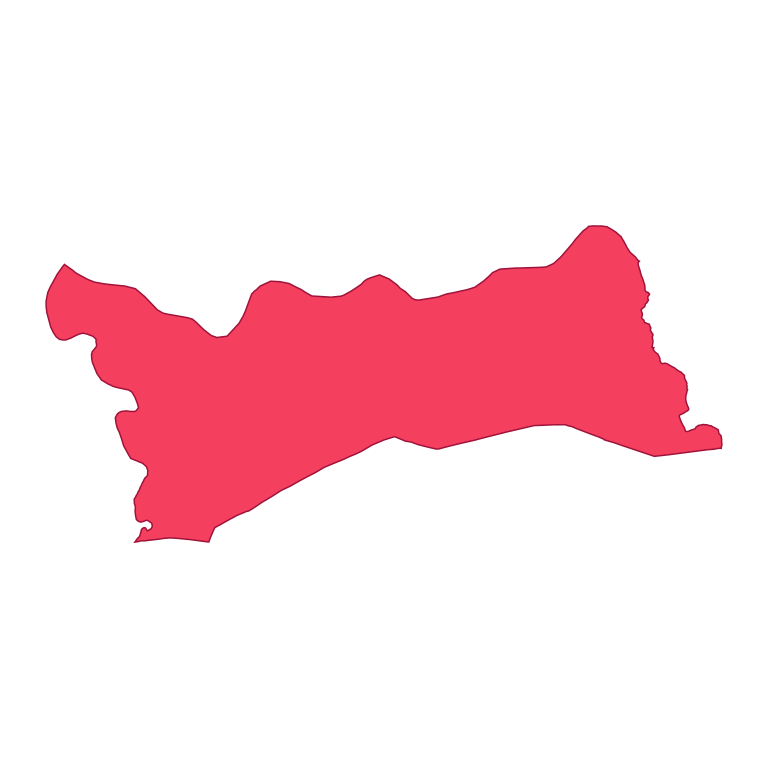 Ziguinchor, Ziguinchor, Senegal (Albers equal-area conic projection)
{"feature_id": "50182788B19119296887329", "entity_name": "Ziguinchor", "entity_type": "district", "adm_level": 2, "iso_a3": "SEN", "parent_name": "Senegal", "parent_adm1": "Ziguinchor", "projection": "albers", "projection_center": [-16.18, 12.511], "detail": "fine", "context": "isolated", "style": "filled", "palette": "rose", "viewbox_px": 768, "rotation_deg": 0, "n_neighbors": 0, "source": "geoboundaries", "source_scale": "gbopen_adm2", "svg_char_len": 5710}
<svg xmlns="http://www.w3.org/2000/svg" viewBox="0 0 768 768"><path d="M64.4,264.4L61.8,267.8L57.2,274.3L54.1,280.0L50.1,287.3L47.8,292.5L46.1,301.0L46.1,306.1L46.8,312.4L50.7,327.0L53.5,332.8L56.3,336.9L59.4,339.3L63.0,340.0L65.6,340.0L70.8,338.1L75.5,335.7L79.6,333.9L83.0,333.2L87.0,334.0L89.7,335.1L93.0,336.3L96.0,339.1L96.1,342.4L96.6,344.6L96.4,346.6L92.3,351.7L91.5,354.3L91.7,358.4L92.4,362.4L94.3,367.1L96.9,373.5L101.4,380.0L106.3,382.9L107.3,383.6L113.7,386.6L118.4,387.8L123.0,388.8L128.7,390.0L132.0,392.2L135.0,397.3L137.4,403.5L138.5,407.7L137.0,409.7L135.6,411.2L133.6,411.5L131.6,411.4L129.7,411.4L126.4,410.9L121.6,411.4L119.4,412.3L117.4,413.9L115.3,417.8L116.1,423.5L117.3,428.2L119.4,432.5L121.4,438.4L123.8,446.1L125.8,449.7L127.8,453.4L129.3,456.0L130.7,458.4L132.9,459.3L133.4,459.5L142.5,463.2L146.4,466.6L147.8,470.4L147.7,471.6L147.5,475.5L146.5,476.5L144.7,478.3L144.5,478.9L144.1,479.5L143.6,480.7L143.2,481.4L142.9,482.1L142.4,483.0L141.7,484.3L141.3,485.6L140.8,486.3L140.5,486.8L139.8,488.6L139.3,489.9L138.7,491.0L137.8,492.4L137.2,494.3L136.3,495.4L135.5,497.2L134.5,498.6L134.2,499.1L134.4,503.6L134.9,505.2L135.4,506.9L135.1,511.2L135.5,515.1L136.4,519.6L138.5,521.4L141.0,522.1L143.1,521.5L146.3,520.3L148.1,520.6L150.3,522.3L151.7,523.2L152.3,526.2L151.8,527.4L151.2,528.7L150.5,529.1L147.5,530.8L146.4,529.6L145.8,528.3L144.9,527.7L143.3,527.9L142.4,528.5L141.5,529.5L140.8,532.4L140.7,532.7L140.2,534.5L139.4,536.6L138.6,537.4L137.5,538.4L134.9,542.1L138.6,541.5L141.0,540.8L144.1,540.9L149.6,540.2L158.6,539.2L163.6,538.4L169.9,537.9L172.6,538.0L179.1,538.5L190.3,539.6L203.8,541.4L208.8,542.0L210.8,536.6L214.7,527.7L219.5,525.1L226.9,520.9L236.8,515.5L246.3,511.5L248.9,510.9L255.1,507.0L262.0,502.3L271.3,496.8L281.3,490.4L290.3,486.1L300.4,480.4L307.9,476.4L315.7,472.4L324.1,467.4L331.2,464.4L344.4,459.0L349.6,456.5L355.5,454.1L361.0,451.5L361.5,451.2L361.8,451.1L364.8,449.3L371.9,445.1L384.1,439.9L394.5,436.7L396.8,437.5L405.3,441.1L411.3,442.1L418.0,444.6L426.6,446.8L436.4,449.1L439.5,448.8L442.2,448.0L450.3,445.9L461.4,443.2L474.2,440.3L482.5,438.1L495.9,434.7L507.0,431.9L517.8,429.4L534.0,425.6L542.1,425.3L553.4,424.8L565.3,424.7L567.6,425.6L571.9,426.6L577.3,428.9L590.6,434.0L598.8,437.0L604.0,439.3L604.2,439.8L608.1,441.0L613.2,442.4L624.1,446.2L654.3,456.3L656.4,456.1L668.3,454.8L693.9,451.5L707.9,449.7L714.3,449.2L716.7,448.6L720.0,448.3L721.2,448.4L721.3,447.5L721.4,446.7L721.6,446.0L721.8,445.5L721.9,444.2L721.8,443.1L721.5,441.6L721.7,439.9L721.5,438.8L721.3,437.5L720.9,435.5L719.9,434.5L719.0,433.8L718.5,431.2L718.2,429.7L716.0,428.5L712.5,426.7L711.2,425.8L710.3,425.7L709.1,425.5L707.3,424.9L705.5,424.7L702.8,424.5L700.8,425.0L700.0,425.3L698.6,425.3L697.7,426.0L696.1,427.0L695.0,428.9L693.3,429.4L691.7,429.8L688.0,431.5L686.2,431.4L685.9,431.4L685.4,431.1L685.1,430.1L684.8,428.7L683.9,427.0L683.3,425.8L682.5,424.6L681.5,422.5L680.7,420.5L680.1,419.0L679.7,417.9L679.2,416.2L679.8,414.9L681.7,414.1L683.2,413.4L684.8,412.4L685.6,411.9L686.1,411.5L686.6,411.2L687.4,410.9L687.8,410.5L688.6,409.8L688.7,408.5L688.0,406.8L687.3,405.4L686.9,404.1L686.3,402.3L685.8,400.0L685.7,398.6L685.8,397.6L685.8,395.6L686.5,393.7L687.1,390.6L687.6,389.6L686.8,388.4L687.1,386.4L686.6,384.3L686.9,383.3L686.6,382.4L685.7,380.5L684.8,378.9L684.5,377.2L684.6,376.1L684.4,375.4L681.2,372.3L677.9,370.5L674.1,367.6L673.1,367.2L672.0,366.6L669.9,365.4L666.8,363.6L664.7,363.2L662.4,363.7L661.1,362.9L660.2,361.5L660.0,360.4L659.9,358.8L659.5,357.3L658.9,356.3L657.8,354.1L656.3,353.0L656.2,352.9L654.4,351.4L653.3,349.2L653.8,347.6L652.2,347.8L652.3,345.6L652.9,342.7L652.9,340.2L652.4,338.2L652.3,336.8L652.5,336.3L652.7,336.0L652.8,335.6L653.0,334.6L652.7,333.9L652.3,333.6L651.4,331.9L650.3,330.2L650.9,327.9L650.1,326.6L649.6,324.9L649.3,324.7L649.3,324.3L644.6,322.5L643.8,320.1L642.2,318.8L641.7,317.9L641.7,316.8L642.3,315.6L642.3,315.0L642.3,313.4L641.6,311.8L641.1,309.9L642.6,308.2L644.7,306.7L645.4,304.0L646.9,302.7L648.3,300.3L648.4,300.1L648.4,299.8L647.8,298.7L647.8,298.1L647.7,297.7L648.1,296.3L649.6,294.3L648.8,293.1L647.7,292.2L647.2,292.5L646.3,292.1L644.9,289.8L645.0,287.9L644.7,284.9L644.2,283.6L643.8,282.5L643.3,280.5L642.3,277.8L641.4,275.8L640.9,274.1L640.4,272.2L639.9,270.2L639.5,268.9L638.8,266.9L638.4,265.4L638.1,263.4L638.4,262.2L639.4,261.2L638.1,260.5L636.5,258.4L635.3,257.0L634.1,255.8L631.4,253.5L629.7,251.8L628.5,249.8L626.8,247.2L625.4,244.3L623.6,241.0L622.3,238.9L622.0,238.6L621.6,237.7L621.3,236.9L618.6,234.6L616.1,232.3L612.7,230.1L610.4,228.7L607.1,226.8L601.6,226.0L596.1,226.0L593.4,225.9L588.5,226.4L587.1,228.0L583.1,230.9L575.4,239.5L572.1,243.9L561.7,256.0L560.3,257.4L553.8,263.4L546.3,266.9L541.6,267.3L520.2,268.0L516.6,268.0L500.0,269.1L492.6,272.6L490.1,275.2L483.8,280.9L474.7,287.3L466.7,289.8L464.2,290.3L452.0,293.0L446.9,293.9L442.7,295.3L438.1,297.0L420.6,299.8L418.5,300.1L415.3,299.8L412.2,298.4L405.4,291.7L400.3,288.4L396.9,284.8L389.1,279.0L379.5,274.9L369.9,278.0L366.7,279.4L363.8,281.5L361.4,284.2L356.8,287.4L350.3,291.6L346.0,293.9L344.2,295.0L340.9,296.2L333.5,296.9L331.7,297.2L311.9,296.0L306.5,293.0L301.1,289.5L296.1,287.1L289.1,283.5L280.1,281.7L270.6,281.2L260.2,286.0L257.5,288.6L256.4,289.8L255.0,290.6L251.7,294.0L251.1,295.6L250.6,296.9L247.5,305.3L245.8,309.9L245.8,310.1L245.7,310.3L245.2,311.6L243.0,316.4L239.0,323.3L227.1,336.2L216.9,337.5L211.2,335.5L206.1,331.5L203.7,329.6L201.3,327.3L196.3,322.4L192.4,319.1L187.5,317.7L178.0,316.0L167.7,314.2L162.9,313.1L157.3,309.8L144.9,296.8L135.4,288.7L124.5,286.0L111.3,284.7L103.8,283.8L94.5,282.1L88.3,279.7L81.9,276.3L76.1,273.1L72.3,270.0L64.4,264.4Z" fill="#f43f5e" stroke="#9f1239" stroke-width="1.5"/></svg>